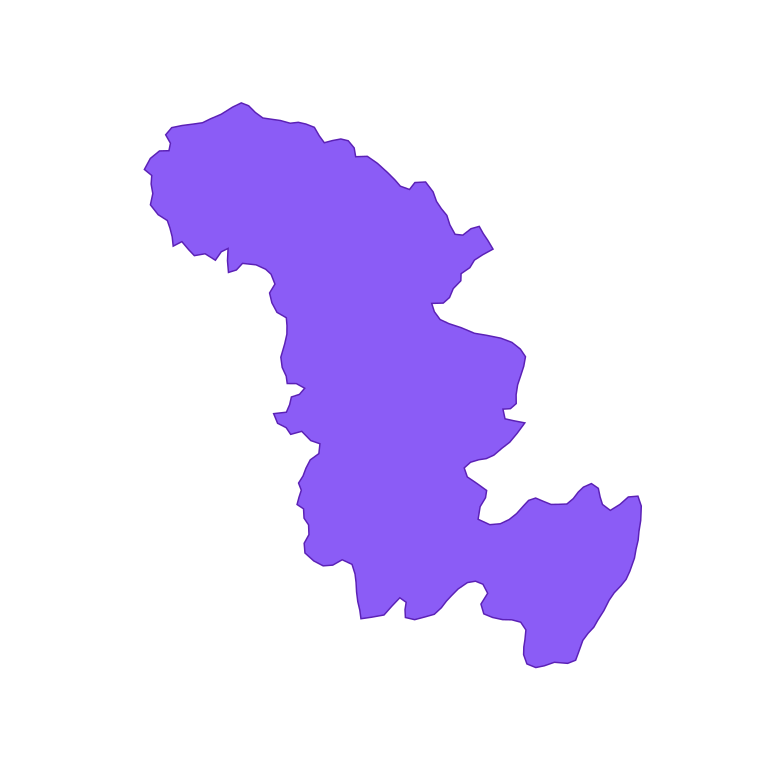 outline of Cana Verde, Minas Gerais, Brazil, rotated 285°
{"feature_id": "56859067B5820383459318", "entity_name": "Cana Verde", "entity_type": "district", "adm_level": 2, "iso_a3": "BRA", "parent_name": "Brazil", "parent_adm1": "Minas Gerais", "projection": "albers", "projection_center": [-45.191, -21.031], "detail": "fine", "context": "isolated", "style": "filled", "palette": "violet", "viewbox_px": 768, "rotation_deg": 285, "n_neighbors": 0, "source": "geoboundaries", "source_scale": "gbopen_adm2", "svg_char_len": 3061}
<svg xmlns="http://www.w3.org/2000/svg" viewBox="0 0 768 768"><g transform="rotate(285 384 384)"><path d="M151.3,422.5L155.5,432.3L160.9,443.8L171.5,449.1L181.6,454.6L178.9,461.9L171.5,462.7L164.0,465.1L164.3,474.6L169.7,484.0L174.6,492.2L182.7,497.3L190.5,500.5L196.9,503.9L205.3,508.7L213.8,516.0L217.2,523.4L216.2,531.4L208.7,538.3L196.5,534.6L187.8,539.9L186.6,549.3L187.1,559.6L189.3,568.4L189.3,577.7L183.2,584.7L173.6,586.3L166.3,587.1L158.7,588.9L150.6,594.5L149.4,604.0L153.3,611.8L159.3,620.6L161.7,633.7L166.8,640.6L175.5,641.4L187.8,642.4L195.9,645.6L203.4,649.6L211.1,651.6L221.9,655.0L233.4,657.4L241.9,660.4L250.7,665.2L257.9,668.4L266.7,669.9L280.6,671.0L289.7,670.2L299.0,669.9L307.8,668.4L318.5,667.3L325.7,665.7L332.7,664.1L341.4,658.3L338.1,649.2L328.8,643.1L320.5,635.3L324.2,626.2L330.8,622.0L338.7,618.0L341.5,610.1L336.0,603.3L329.9,599.6L322.3,596.5L315.4,591.7L313.0,583.9L310.9,576.5L311.9,568.4L313.1,560.0L309.0,553.8L302.4,550.3L293.1,545.6L285.5,540.0L279.1,532.5L275.5,522.6L277.7,509.9L290.4,508.6L300.4,511.5L307.7,510.7L311.9,499.7L315.8,488.5L323.7,483.2L330.8,487.8L335.4,495.2L338.4,502.1L343.8,508.6L352.3,514.4L360.3,520.5L370.9,525.4L382.9,530.1L382.1,518.9L381.7,509.9L390.5,505.4L392.9,512.5L399.3,516.8L407.8,514.4L417.7,513.3L427.7,513.9L437.3,514.4L447.0,513.6L453.0,506.7L457.3,496.8L458.5,484.9L457.6,470.5L456.4,458.2L458.4,443.8L459.1,431.0L460.8,421.5L466.9,413.9L474.2,409.2L477.5,420.3L484.5,424.9L494.1,426.2L503.6,431.5L510.5,429.9L518.6,436.8L527.1,439.3L534.4,445.9L542.5,454.4L549.7,447.0L555.0,440.9L560.9,435.2L556.5,427.8L548.2,421.6L547.0,413.9L554.8,406.4L563.1,401.1L568.2,394.0L573.9,387.5L582.3,381.7L589.9,371.9L586.6,361.7L578.5,358.3L579.3,348.6L583.8,342.0L588.9,333.2L595.4,320.6L599.6,309.0L596.2,297.8L604.3,294.1L609.7,286.5L609.5,278.9L605.8,271.2L601.6,263.9L607.0,257.2L613.9,250.3L614.9,241.3L614.6,233.5L611.6,225.9L611.7,215.7L610.5,205.9L609.6,198.1L613.0,189.4L617.7,181.3L618.6,173.4L612.3,166.1L602.4,156.9L595.1,147.6L589.4,141.1L585.8,132.7L581.4,122.0L576.7,112.6L568.2,108.6L561.3,115.4L553.7,115.9L551.0,106.8L541.4,99.9L529.2,97.0L525.3,105.7L516.9,107.3L508.1,111.4L496.6,112.0L489.1,122.0L485.8,132.4L479.2,136.9L471.4,141.3L462.6,144.7L469.2,151.9L463.1,160.7L458.9,167.6L463.5,177.5L459.9,189.1L469.6,192.6L474.6,198.3L462.6,200.9L451.5,204.9L455.9,211.9L463.9,216.1L466.0,229.6L464.2,240.0L460.8,246.5L452.3,252.8L442.3,249.9L433.4,254.7L425.5,262.1L422.7,272.5L415.2,275.2L407.0,277.3L397.1,277.7L383.2,277.4L373.6,281.4L366.3,287.5L359.4,290.4L361.7,299.2L359.4,308.5L352.1,305.0L347.5,297.9L339.6,298.2L331.5,297.0L326.8,285.1L318.5,291.4L316.5,300.8L311.2,306.9L317.0,316.8L310.4,327.9L309.7,337.6L299.9,339.1L291.6,332.4L282.5,330.4L274.2,329.6L266.2,327.1L260.0,331.6L252.4,331.2L245.1,331.2L242.6,338.6L233.7,341.5L228.4,347.6L219.1,350.5L209.5,348.1L200.3,351.4L194.9,362.0L192.6,372.3L195.8,381.4L203.4,389.1L201.5,399.8L193.0,405.2L185.0,408.4L176.1,411.3L167.0,415.0L159.2,419.2L151.3,422.5Z" fill="#8b5cf6" stroke="#5b21b6" stroke-width="1.5"/></g></svg>